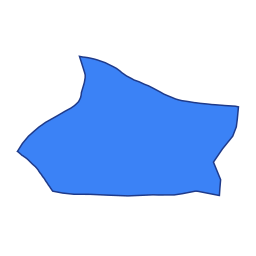 the district of Hat, Al Mahrah, Yemen, rotated 93°
{"feature_id": "15242507B17941061209277", "entity_name": "Hat", "entity_type": "district", "adm_level": 2, "iso_a3": "YEM", "parent_name": "Yemen", "parent_adm1": "Al Mahrah", "projection": "orthographic", "projection_center": [51.804, 17.432], "detail": "fine", "context": "isolated", "style": "filled", "palette": "blue", "viewbox_px": 256, "rotation_deg": 93, "n_neighbors": 0, "source": "geoboundaries", "source_scale": "gbopen_adm2", "svg_char_len": 2761}
<svg xmlns="http://www.w3.org/2000/svg" viewBox="0 0 256 256"><g transform="rotate(93 128 128)"><path d="M59.0,180.2L65.1,177.9L75.0,174.2L77.3,173.5L80.0,173.4L85.0,174.0L90.1,175.2L95.1,176.4L97.6,176.5L100.2,177.0L102.7,178.0L104.5,178.9L106.7,180.9L108.5,182.7L111.0,185.9L114.7,192.0L119.2,198.8L126.6,210.5L131.8,217.1L136.2,221.7L141.3,226.9L148.9,232.6L157.2,237.2L157.3,236.9L157.5,236.6L157.7,236.3L158.0,235.9L158.3,235.5L158.6,235.2L158.8,234.9L159.1,234.5L159.4,234.2L159.7,233.8L159.9,233.5L160.2,233.2L160.4,232.9L160.7,232.6L161.0,232.2L161.1,231.8L161.3,231.4L161.5,231.1L161.7,230.8L162.0,230.4L162.2,230.1L162.4,229.7L162.6,229.3L162.9,228.9L163.1,228.5L163.4,228.2L163.6,227.8L163.8,227.5L164.1,227.1L164.5,226.7L164.7,226.4L165.0,226.0L165.3,225.7L165.6,225.4L165.9,225.0L166.2,224.7L166.6,224.3L166.9,223.9L167.3,223.5L167.5,223.2L167.8,222.9L168.2,222.5L168.5,222.2L168.7,221.9L169.1,221.4L169.5,221.0L169.7,220.7L170.0,220.3L170.3,219.9L170.6,219.6L170.9,219.2L171.1,218.9L171.4,218.5L171.8,218.1L172.1,217.9L172.4,217.5L172.8,217.1L173.2,216.8L173.5,216.5L173.6,216.4L173.8,216.2L174.1,216.0L174.4,215.7L174.8,215.4L175.1,215.2L175.6,214.9L176.0,214.6L176.4,214.3L176.7,214.0L177.1,213.8L177.4,213.5L177.8,213.2L178.1,212.9L178.4,212.6L178.7,212.3L179.1,212.0L179.4,211.7L179.9,211.5L180.0,211.4L180.3,211.2L180.6,210.9L181.1,210.6L181.4,210.3L181.7,210.0L182.0,209.7L182.4,209.4L182.7,209.1L183.0,208.9L183.3,208.6L183.9,208.3L184.4,207.9L185.0,207.6L185.4,207.2L185.8,207.0L186.1,206.7L186.4,206.4L186.7,206.2L187.1,205.9L187.4,205.7L187.8,205.4L188.2,205.1L188.5,204.9L189.0,204.6L189.3,204.3L189.6,204.1L190.0,203.7L190.3,203.5L190.7,203.2L191.0,202.9L191.3,202.7L191.7,202.5L192.0,202.2L192.4,202.0L192.7,201.7L193.0,201.4L193.4,201.2L193.7,200.9L194.1,200.6L194.3,200.5L194.4,200.4L194.7,200.1L195.0,199.9L196.4,189.8L197.0,178.3L196.5,168.7L196.3,164.5L196.2,161.5L196.1,145.7L195.8,124.5L193.4,99.5L193.3,94.4L192.4,78.3L190.7,70.1L187.6,57.7L187.5,56.5L187.6,54.6L190.6,33.4L190.6,33.2L183.5,33.1L174.8,32.8L157.6,40.9L143.8,32.5L130.7,23.0L121.2,19.9L113.1,19.3L101.1,18.8L100.7,21.4L100.6,22.4L100.6,22.9L100.5,32.7L100.4,35.1L100.4,35.4L100.2,43.0L100.2,45.4L99.9,49.9L99.6,57.1L99.2,61.9L99.2,62.8L98.4,69.8L98.3,70.9L97.9,75.4L97.8,76.1L97.2,79.2L96.5,82.1L95.3,85.4L95.1,86.0L93.6,90.3L92.5,93.3L92.2,94.1L90.4,97.6L88.2,102.3L86.7,105.5L86.0,107.1L85.4,108.4L84.7,110.0L84.5,110.7L83.5,113.8L81.6,118.5L81.4,118.9L79.7,124.6L78.5,126.9L76.1,132.2L74.4,134.9L73.0,137.2L71.7,138.7L69.1,142.6L67.5,146.0L66.1,149.3L64.0,154.1L63.2,156.8L62.8,158.2L61.6,162.3L61.4,163.2L60.9,165.4L60.7,166.5L60.2,169.4L59.8,172.2L59.7,173.7L59.6,174.4L59.5,176.8L59.0,180.2Z" fill="#3b82f6" stroke="#1e3a8a" stroke-width="1.5"/></g></svg>